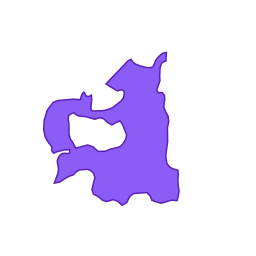 map outline of New Taipei City (Mercator projection), rotated 300°
{"feature_id": "TWN-1167", "entity_name": "New Taipei City", "entity_type": "Special Municipality", "adm_level": 1, "iso_a3": "TWN", "parent_name": "Taiwan", "parent_adm1": "", "projection": "mercator", "projection_center": [121.596, 24.984], "detail": "fine", "context": "isolated", "style": "filled", "palette": "violet", "viewbox_px": 256, "rotation_deg": 300, "n_neighbors": 0, "source": "natural_earth", "source_scale": "10m", "svg_char_len": 1971}
<svg xmlns="http://www.w3.org/2000/svg" viewBox="0 0 256 256"><g transform="rotate(300 128 128)"><path d="M155.1,86.9L186.1,94.4L189.0,96.3L187.5,99.6L187.1,102.2L187.7,106.8L189.9,114.6L192.3,118.3L194.2,119.1L200.4,118.2L203.7,118.5L207.4,119.5L210.8,121.2L212.6,123.5L204.8,127.4L204.1,126.4L201.1,124.7L195.8,125.8L188.3,129.8L185.0,132.0L175.0,134.0L173.7,136.7L175.9,139.9L174.5,143.3L170.4,145.9L167.2,147.0L163.9,148.7L161.0,152.4L158.2,156.9L153.7,160.2L148.1,161.9L136.1,169.1L124.4,173.9L121.0,175.9L116.7,179.5L115.0,183.9L115.1,187.6L116.0,190.5L116.4,192.3L112.9,194.8L107.0,197.7L102.5,200.8L99.1,203.7L94.8,205.4L89.6,206.8L87.4,201.9L79.4,194.3L78.1,189.3L77.4,184.7L80.2,181.3L81.5,176.6L74.0,165.6L69.5,163.8L62.8,164.2L58.2,161.6L59.4,155.6L58.5,151.0L53.7,146.4L52.7,141.9L53.7,136.7L53.5,131.1L56.8,127.5L68.5,124.1L71.5,120.9L72.4,117.2L72.0,113.6L67.4,106.9L63.6,104.9L59.9,104.0L57.1,101.4L52.8,98.7L47.2,96.0L43.4,91.8L53.5,90.0L57.8,88.3L63.3,83.7L64.9,82.9L67.0,82.6L69.7,82.5L72.8,83.6L74.5,85.9L75.6,88.4L77.0,89.8L80.1,88.5L76.9,83.4L71.7,78.2L69.0,76.4L69.7,74.0L71.4,72.7L73.1,71.9L73.8,71.0L75.6,66.4L78.5,61.2L84.4,55.8L93.0,51.5L102.9,49.2L112.6,50.3L116.6,53.4L125.5,66.0L128.8,72.7L129.8,72.3L132.2,71.6L135.0,71.3L137.0,71.8L136.8,72.6L135.9,73.8L135.0,75.4L135.1,77.3L136.0,78.5L138.1,79.9L134.1,82.6L127.7,85.4L124.9,87.3L125.4,89.9L127.9,93.2L129.5,96.3L132.0,99.4L135.3,102.6L138.0,104.5L147.5,108.4L152.1,109.0L155.6,107.7L157.9,106.0L158.3,103.8L154.9,100.3L154.8,97.6L155.1,86.9ZM117.7,131.6L121.5,130.1L128.3,121.5L130.1,117.7L126.7,114.8L122.6,112.5L122.5,107.9L123.9,102.0L122.5,98.0L119.0,95.0L116.8,85.9L115.3,82.8L113.9,79.8L113.5,76.7L114.0,73.5L112.1,71.6L108.7,70.4L105.1,72.2L102.5,74.5L92.7,80.3L89.5,83.8L87.6,87.9L86.0,90.1L84.6,92.8L88.0,96.5L93.1,101.5L94.2,107.1L92.8,113.7L96.4,119.8L101.5,123.8L104.9,127.7L108.2,130.6L112.5,131.6L117.7,131.6Z" fill="#8b5cf6" stroke="#5b21b6" stroke-width="1.5"/></g></svg>